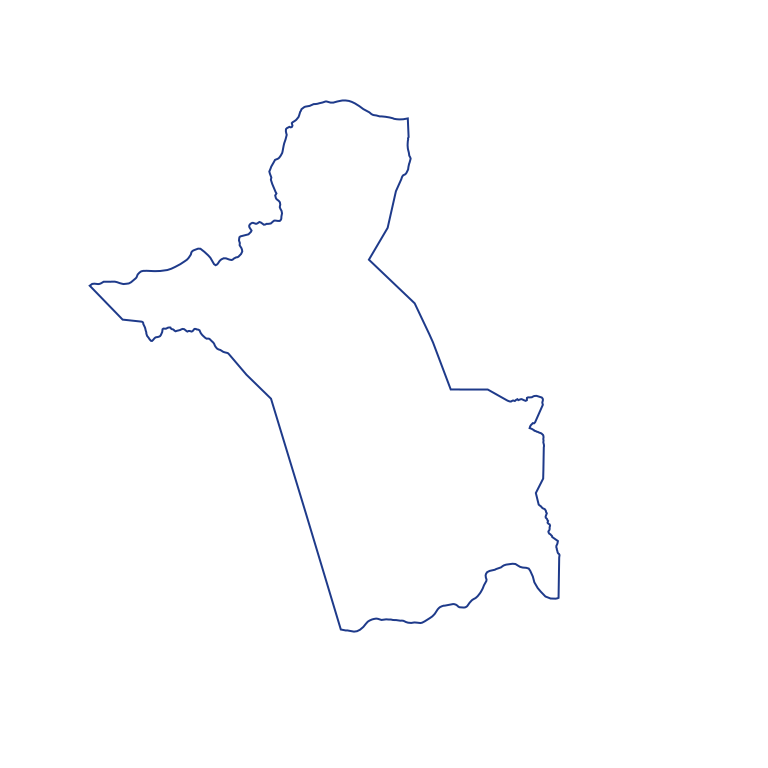 outline of Pilão Arcado, Bahia, Brazil, rotated 46°
{"feature_id": "56859067B31784854037335", "entity_name": "Pilão Arcado", "entity_type": "district", "adm_level": 2, "iso_a3": "BRA", "parent_name": "Brazil", "parent_adm1": "Bahia", "projection": "orthographic", "projection_center": [-43.194, -9.96], "detail": "fine", "context": "isolated", "style": "outline", "palette": "blue", "viewbox_px": 768, "rotation_deg": 46, "n_neighbors": 0, "source": "geoboundaries", "source_scale": "gbopen_adm2", "svg_char_len": 6165}
<svg xmlns="http://www.w3.org/2000/svg" viewBox="0 0 768 768"><g transform="rotate(46 384 384)"><path d="M108.9,527.4L156.1,527.3L170.7,515.1L171.7,514.6L172.8,514.8L173.7,515.5L177.3,516.7L178.6,517.4L179.7,518.1L181.7,519.1L182.6,519.9L183.8,520.5L184.9,521.0L187.1,521.2L189.2,521.6L191.2,521.6L191.9,520.9L191.9,519.4L191.7,517.7L191.7,516.5L192.0,515.5L192.7,514.6L193.5,513.3L194.0,511.9L193.8,510.6L192.6,507.6L191.8,506.5L190.8,505.3L190.9,504.2L192.7,502.5L193.1,501.4L193.3,500.5L194.0,499.4L195.0,498.4L196.0,498.7L197.0,498.6L198.0,497.9L199.1,497.6L200.0,497.7L201.3,497.3L202.0,495.8L202.8,494.5L203.6,493.0L203.9,491.8L204.5,490.6L205.7,489.7L207.5,489.4L208.9,489.3L209.8,488.9L210.0,487.9L210.8,487.0L212.6,486.0L213.0,485.0L212.7,482.1L213.7,481.1L214.7,480.8L215.6,480.0L217.2,479.4L218.5,479.9L219.9,480.4L221.9,480.7L223.6,480.7L226.7,480.5L228.2,480.1L229.1,479.0L230.3,478.2L231.4,478.2L234.6,478.1L235.5,478.0L237.2,478.3L238.9,479.0L240.2,479.3L242.5,479.5L243.6,479.2L244.6,478.8L245.8,478.1L247.5,477.7L249.2,477.3L250.7,476.5L252.1,475.6L253.2,474.9L254.6,474.8L281.8,476.5L316.1,475.5L422.5,529.9L530.6,585.6L534.9,582.6L535.6,581.7L541.3,577.6L543.1,575.1L544.1,572.0L544.4,567.7L543.9,563.6L543.7,560.8L544.1,558.8L544.6,557.4L545.1,556.1L546.0,554.5L547.3,552.6L548.7,551.5L552.0,549.7L554.8,545.9L556.5,544.4L558.3,542.6L560.1,541.4L562.2,539.3L565.7,536.6L566.6,535.5L567.9,534.5L569.5,533.9L570.4,533.6L572.4,532.5L574.8,530.4L576.6,527.8L578.4,526.2L581.3,523.8L582.2,522.3L583.0,519.6L584.2,513.9L584.7,510.9L584.7,509.1L584.6,507.1L583.4,501.9L583.3,500.2L583.4,498.7L584.1,496.7L584.9,495.1L585.7,494.2L590.2,487.3L591.0,486.5L592.6,485.6L594.4,485.2L595.8,485.2L597.0,484.8L600.0,482.1L600.9,481.1L601.4,479.8L601.6,478.5L600.8,474.3L600.6,471.0L600.9,469.2L601.6,466.8L601.7,464.1L601.2,460.3L600.8,458.6L599.7,455.1L598.2,451.8L596.8,447.2L595.8,446.0L594.0,445.2L592.2,443.8L591.4,442.4L591.0,440.5L591.8,437.9L594.6,433.3L595.0,431.9L597.2,427.2L597.4,425.2L597.8,423.6L598.8,421.6L602.6,416.4L604.8,414.5L608.0,413.7L610.1,413.1L612.3,411.8L615.0,409.4L617.3,408.1L620.0,408.6L625.9,410.7L631.1,413.6L637.6,415.2L642.4,415.5L649.0,415.5L654.0,413.2L657.7,409.6L658.7,408.0L659.1,407.0L630.5,378.5L629.8,377.6L629.0,376.6L628.0,376.2L626.8,376.4L625.6,376.0L624.5,375.3L623.2,374.7L622.5,374.1L621.2,373.5L620.2,372.5L619.3,370.2L617.8,368.0L610.9,369.3L609.9,368.7L608.8,368.8L607.7,368.7L606.5,369.1L605.2,368.8L604.2,368.1L604.0,366.7L603.4,365.6L602.1,364.4L601.3,363.0L600.1,362.4L598.6,362.8L597.4,362.7L596.9,361.9L596.5,361.1L595.5,361.0L594.3,360.5L592.5,360.5L591.6,359.8L590.1,356.7L588.8,356.4L587.5,355.6L585.7,355.3L583.5,356.2L582.3,356.2L581.0,356.1L579.5,356.4L578.2,356.5L567.9,350.5L562.6,335.2L556.6,329.1L540.5,313.0L539.8,312.0L538.8,311.2L537.8,310.6L536.6,309.9L535.6,308.6L534.2,307.6L533.2,306.3L532.2,305.5L531.2,305.0L529.1,305.1L528.1,305.4L526.9,306.1L525.4,306.6L524.5,307.2L523.2,307.6L522.1,308.3L521.1,308.2L520.1,308.6L519.2,308.8L518.0,309.3L516.9,309.9L516.0,308.3L515.6,306.7L515.6,305.3L515.5,304.2L516.5,303.4L516.5,301.9L509.3,284.2L507.9,283.4L507.1,282.8L506.6,281.8L505.8,280.7L504.7,280.0L503.3,279.9L498.5,282.5L497.8,283.3L497.0,284.3L496.6,285.3L496.2,286.9L494.6,288.8L493.7,289.6L493.3,290.8L494.9,292.5L494.5,293.8L493.3,294.4L490.5,295.5L489.9,296.3L488.9,298.6L487.6,298.6L487.2,299.9L487.1,301.7L485.5,302.6L485.0,304.0L484.8,304.9L483.7,305.8L481.8,306.7L460.1,313.2L434.3,339.8L388.2,319.9L379.9,316.9L347.3,305.9L284.1,308.5L274.2,272.9L253.6,241.5L248.7,229.3L248.1,228.2L247.4,226.7L247.2,225.0L247.8,223.6L247.9,221.9L247.4,220.3L246.4,217.6L244.8,215.6L243.0,212.9L242.5,211.8L240.4,208.3L239.2,207.7L237.3,207.2L236.2,206.4L234.8,205.4L232.0,203.8L230.7,202.9L229.9,202.2L229.0,201.5L227.8,200.3L225.8,198.1L224.8,196.7L223.9,196.0L223.5,194.8L209.5,182.4L206.9,186.3L204.3,189.2L202.4,190.9L200.3,192.5L198.9,193.1L196.2,194.8L192.7,197.4L190.1,199.6L188.5,201.2L185.6,202.9L183.4,204.6L182.3,205.2L180.8,205.6L178.5,205.8L171.9,207.9L167.1,208.7L161.9,210.0L158.7,211.2L156.0,212.6L153.2,214.8L151.3,216.8L150.6,217.8L148.3,221.4L146.3,225.1L144.4,227.0L140.8,229.1L140.1,229.9L138.8,232.7L137.1,235.5L136.2,237.2L135.2,238.6L133.8,240.2L132.3,244.3L129.8,248.0L129.4,249.1L129.0,252.4L129.8,254.2L130.0,255.2L131.9,258.6L132.6,260.1L133.0,263.6L132.8,265.4L132.2,268.1L132.3,269.1L134.6,270.4L135.1,271.9L134.5,272.9L133.3,273.4L132.5,276.2L132.6,277.5L134.0,279.0L135.7,280.1L137.2,280.9L139.6,284.8L141.6,288.7L142.9,290.7L146.3,295.5L147.1,296.8L148.0,299.7L148.4,302.0L148.4,303.0L148.2,304.0L147.1,306.7L148.0,309.6L149.3,314.1L150.2,315.9L151.5,318.9L153.5,320.0L157.2,321.6L158.5,323.5L162.6,325.5L170.6,328.6L172.2,329.0L172.8,331.3L175.1,332.6L176.5,332.9L178.3,332.6L179.8,332.5L181.0,332.7L182.9,334.0L183.8,335.4L184.5,336.2L186.2,336.9L188.2,337.4L190.4,338.8L192.2,341.4L193.6,342.9L194.2,343.9L194.3,345.7L192.8,347.2L191.0,348.6L190.2,349.5L190.0,351.0L189.9,353.9L188.8,355.5L188.0,356.5L187.3,357.1L186.7,358.8L185.9,359.8L184.5,360.0L182.3,360.4L180.9,361.1L180.5,363.5L179.9,364.8L177.2,366.2L176.5,366.9L176.0,368.9L176.3,370.7L176.9,371.4L177.9,372.0L181.6,372.7L182.1,373.9L182.2,377.5L178.1,384.7L178.0,386.0L178.6,386.9L180.0,388.6L182.5,389.8L183.2,390.7L184.0,391.5L187.3,392.2L188.8,392.9L190.2,393.9L191.2,396.5L191.3,400.3L191.0,401.3L190.2,402.4L189.5,404.7L189.4,406.4L189.0,407.4L187.7,408.4L186.7,409.0L183.8,410.4L182.2,412.0L181.4,414.3L181.3,415.3L181.3,416.8L181.5,417.8L182.0,420.0L182.0,421.3L181.6,422.6L179.7,423.0L172.5,421.2L169.3,421.1L164.1,421.4L159.2,422.1L157.5,423.7L155.8,427.6L155.4,428.8L155.3,429.9L155.5,431.1L156.7,433.0L157.2,435.2L157.6,437.2L157.7,439.5L157.3,442.0L156.3,447.3L154.7,452.9L153.3,457.0L151.5,460.7L147.3,466.4L143.6,470.5L137.8,476.0L135.4,478.6L134.3,480.4L134.0,482.4L134.1,485.1L135.4,488.0L135.5,489.1L135.1,495.2L134.4,497.7L132.7,500.0L131.1,502.0L130.2,502.6L128.1,503.9L125.3,505.3L123.3,506.6L121.2,508.8L120.5,509.7L118.4,511.8L115.7,514.6L115.0,517.6L114.5,518.9L113.6,520.2L110.7,522.6L109.3,524.4L108.9,527.4Z" fill="none" stroke="#1e3a8a" stroke-width="2"/></g></svg>